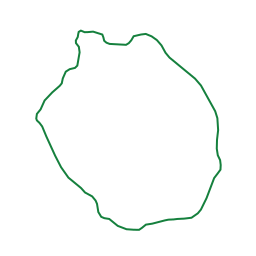 Con Co, Vietnam, rotated 173°
{"feature_id": "81297802B79612246152029", "entity_name": "Con Co", "entity_type": "district", "adm_level": 2, "iso_a3": "VNM", "parent_name": "Vietnam", "parent_adm1": "", "projection": "natural_earth1", "projection_center": [107.34, 17.158], "detail": "fine", "context": "isolated", "style": "outline", "palette": "green", "viewbox_px": 256, "rotation_deg": 173, "n_neighbors": 0, "source": "geoboundaries", "source_scale": "gbopen_adm2", "svg_char_len": 1123}
<svg xmlns="http://www.w3.org/2000/svg" viewBox="0 0 256 256"><g transform="rotate(173 128 128)"><path d="M99.1,32.1L93.9,31.7L90.0,31.7L83.2,31.2L75.9,31.2L69.1,34.8L65.6,38.1L58.6,48.8L48.6,67.8L44.4,72.1L41.3,75.4L40.5,80.0L40.5,84.9L42.2,90.0L42.4,96.7L41.1,105.4L38.8,114.9L38.1,126.9L39.4,134.0L50.4,161.3L55.5,168.9L78.2,192.8L81.6,198.1L84.7,205.9L88.6,211.7L93.4,216.1L98.9,219.2L103.7,219.2L111.2,218.4L114.1,214.6L116.9,212.1L119.8,210.8L136.0,213.7L139.0,215.3L141.0,217.5L141.4,221.0L142.1,223.9L150.9,227.9L156.7,228.1L159.4,228.4L162.9,230.4L165.2,229.4L165.9,227.5L166.8,224.4L169.1,221.2L169.3,218.6L166.9,214.6L166.8,209.0L170.7,196.1L173.3,194.1L178.7,193.5L182.9,191.5L186.7,185.1L188.3,180.4L190.6,178.2L198.8,172.6L207.4,165.5L212.5,157.1L216.7,153.1L217.9,148.6L217.5,146.6L215.2,143.8L213.0,140.0L210.1,129.6L203.7,109.4L199.2,97.2L193.2,86.0L181.9,74.1L178.5,69.2L171.9,64.5L169.0,59.9L168.0,56.5L167.7,48.2L165.4,43.1L162.5,41.4L157.7,40.0L150.1,32.1L141.8,27.7L134.6,26.3L129.4,25.6L126.3,27.2L122.0,29.9L115.6,30.1L102.7,31.8L99.1,32.1Z" fill="none" stroke="#15803d" stroke-width="2"/></g></svg>